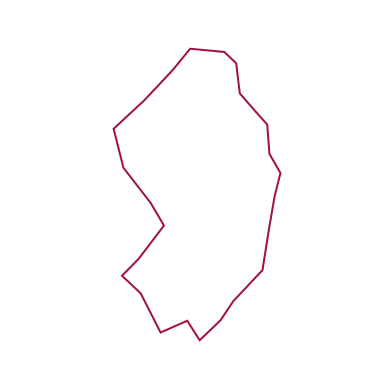 the district of Agios Vasileios, Cyprus, rotated 118°
{"feature_id": "46923920B32976107487407", "entity_name": "Agios Vasileios", "entity_type": "district", "adm_level": 2, "iso_a3": "CYP", "parent_name": "Cyprus", "parent_adm1": "", "projection": "robinson", "projection_center": [33.19, 35.212], "detail": "fine", "context": "isolated", "style": "outline", "palette": "rose", "viewbox_px": 384, "rotation_deg": 118, "n_neighbors": 0, "source": "geoboundaries", "source_scale": "gbopen_adm2", "svg_char_len": 481}
<svg xmlns="http://www.w3.org/2000/svg" viewBox="0 0 384 384"><g transform="rotate(118 192 192)"><path d="M66.4,260.9L93.0,266.2L108.3,270.3L134.2,277.4L173.0,290.9L202.8,263.9L221.0,223.5L234.8,201.0L275.9,207.7L298.8,214.5L305.6,189.7L330.8,153.8L307.9,135.8L319.3,115.6L291.9,106.6L269.0,104.3L227.9,93.1L187.8,106.9L157.1,117.0L133.7,122.8L122.0,141.5L97.1,157.3L91.3,173.1L82.5,196.1L57.6,213.4L53.2,229.2L66.4,260.9Z" fill="none" stroke="#9f1239" stroke-width="2"/></g></svg>